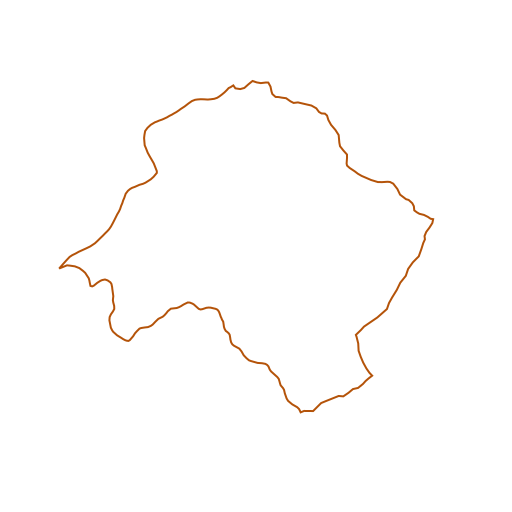 Tsirangtoe, Chirang, Bhutan, rotated 42°
{"feature_id": "84629894B69953247245699", "entity_name": "Tsirangtoe", "entity_type": "district", "adm_level": 2, "iso_a3": "BTN", "parent_name": "Bhutan", "parent_adm1": "Chirang", "projection": "robinson", "projection_center": [90.098, 27.057], "detail": "fine", "context": "isolated", "style": "outline", "palette": "amber", "viewbox_px": 512, "rotation_deg": 42, "n_neighbors": 0, "source": "geoboundaries", "source_scale": "gbopen_adm2", "svg_char_len": 3892}
<svg xmlns="http://www.w3.org/2000/svg" viewBox="0 0 512 512"><g transform="rotate(42 256 256)"><path d="M393.8,342.3L395.4,339.0L402.2,333.0L402.8,321.7L405.0,317.1L408.2,310.6L411.1,304.7L414.8,301.9L416.3,295.7L417.1,290.0L420.1,285.8L421.1,279.6L421.1,275.5L421.6,271.6L422.4,267.2L418.5,266.9L413.3,265.7L407.0,263.5L401.2,260.8L395.7,257.8L390.5,252.6L384.7,248.7L383.0,247.8L383.5,240.9L383.5,236.2L387.3,220.5L388.8,207.8L386.3,201.9L384.9,195.7L383.3,186.9L381.1,179.3L380.6,170.5L377.7,163.8L376.8,155.8L377.0,150.9L377.2,147.4L374.3,140.3L371.6,134.4L370.4,130.6L367.9,128.4L366.4,124.2L365.9,118.7L365.0,113.5L363.0,110.1L360.8,111.5L357.6,111.9L353.3,113.1L349.2,115.3L346.3,115.9L343.1,116.2L340.0,113.4L336.8,112.2L331.9,112.2L329.5,113.4L322.0,114.0L316.2,111.6L309.6,110.4L306.1,111.3L304.1,112.8L300.3,116.7L297.1,119.5L290.7,122.5L280.9,125.8L276.6,126.7L272.8,127.0L266.7,127.9L263.2,127.9L261.5,126.7L258.0,122.2L255.7,119.7L250.2,119.1L245.0,118.2L242.2,116.1L236.5,110.8L230.7,109.2L224.0,108.3L218.8,106.5L214.8,104.1L211.9,104.1L209.3,106.2L206.4,106.8L202.0,105.9L196.5,107.1L192.2,109.5L188.4,111.6L184.4,113.8L181.5,117.1L178.0,118.0L172.8,118.6L169.3,121.0L166.4,122.8L164.1,124.7L159.8,124.7L157.5,123.4L153.4,120.4L149.1,118.9L147.3,120.4L143.9,124.3L140.4,126.5L136.3,128.3L135.5,133.4L134.9,138.9L132.6,142.5L128.5,145.2L125.0,144.4L124.1,147.6L123.3,149.5L123.3,152.2L123.1,155.5L122.6,158.9L122.0,161.9L121.3,164.4L119.8,167.1L117.6,169.7L115.5,172.0L112.7,174.2L110.1,176.4L107.7,178.9L106.2,180.7L104.7,183.7L103.8,187.6L102.9,192.6L101.7,197.1L101.2,199.6L100.5,202.4L99.5,205.3L98.9,207.3L98.2,209.0L97.6,210.7L97.2,212.2L95.9,215.3L94.9,217.5L93.4,220.2L92.4,222.4L91.4,224.3L90.0,228.9L89.6,233.3L90.0,237.3L92.1,240.7L93.9,243.2L96.2,245.4L99.2,248.2L102.0,249.5L106.4,251.7L110.4,253.1L115.1,254.6L118.1,255.6L120.5,256.8L123.3,258.2L125.5,259.3L126.7,260.6L126.8,263.2L126.9,265.6L126.5,269.4L125.6,272.7L124.8,275.5L123.7,278.0L121.8,281.0L119.7,285.7L118.3,288.3L117.6,290.5L117.2,293.2L117.5,296.9L119.2,300.9L120.1,303.6L121.3,306.2L122.2,308.9L123.6,312.1L124.4,314.8L125.0,317.9L126.7,324.0L127.6,327.4L128.5,331.2L128.9,334.4L128.9,337.0L128.7,340.3L128.6,343.4L128.3,347.5L128.1,351.0L127.8,354.3L126.4,359.8L124.9,363.5L121.4,371.6L120.4,374.6L118.9,378.3L118.1,381.4L118.0,385.9L118.0,391.0L118.1,397.0L121.8,389.4L124.4,387.5L128.3,384.9L132.8,383.2L137.3,382.8L140.3,382.8L146.7,384.5L148.7,385.8L150.1,386.9L153.0,389.0L154.6,388.2L155.3,386.6L156.0,382.1L157.0,378.5L157.8,376.8L159.5,374.5L162.1,373.4L163.8,373.2L165.4,373.0L167.3,373.5L169.9,375.4L171.1,376.5L176.8,381.3L179.2,384.6L181.1,386.1L184.0,388.0L186.1,390.2L186.8,393.0L187.2,396.4L188.1,399.3L190.1,401.9L196.1,406.4L198.9,407.5L200.6,407.9L205.8,407.9L210.6,407.0L212.7,406.7L215.1,406.1L216.5,405.5L218.0,404.5L218.5,403.0L218.4,397.9L217.8,394.4L217.8,391.6L218.0,387.9L218.9,386.3L221.1,383.6L223.3,381.1L224.6,378.3L225.1,376.1L225.2,372.1L225.5,368.0L227.3,363.6L227.6,361.3L227.6,358.4L227.4,356.1L228.0,352.1L231.9,347.7L233.0,345.6L233.9,343.2L234.3,341.6L234.9,339.8L236.4,336.2L238.0,334.9L240.7,333.9L242.3,333.6L246.8,333.6L248.8,333.6L250.5,332.9L251.7,331.4L253.8,327.7L255.3,326.0L256.9,324.7L258.4,323.9L261.3,322.3L262.8,321.8L264.3,321.8L266.2,322.4L268.1,323.4L270.4,324.7L271.9,325.3L273.2,326.0L275.5,326.7L277.6,328.4L279.6,330.1L281.3,331.1L283.7,331.9L285.4,331.7L287.6,331.7L289.2,332.2L291.5,334.0L292.9,335.2L295.3,336.8L297.5,337.5L299.7,337.4L305.6,336.0L309.1,336.6L310.9,337.2L313.3,338.0L317.3,338.3L320.6,338.2L322.4,337.5L328.7,334.4L332.3,331.6L335.1,329.9L337.1,329.5L339.1,329.7L342.2,331.2L344.4,331.7L352.8,331.7L355.1,332.1L357.4,333.5L359.1,334.6L360.8,335.6L364.5,336.1L366.4,336.7L369.2,338.7L374.1,341.4L376.8,342.2L382.2,342.0L387.8,340.8L390.4,340.9L393.8,342.3Z" fill="none" stroke="#b45309" stroke-width="2"/></g></svg>